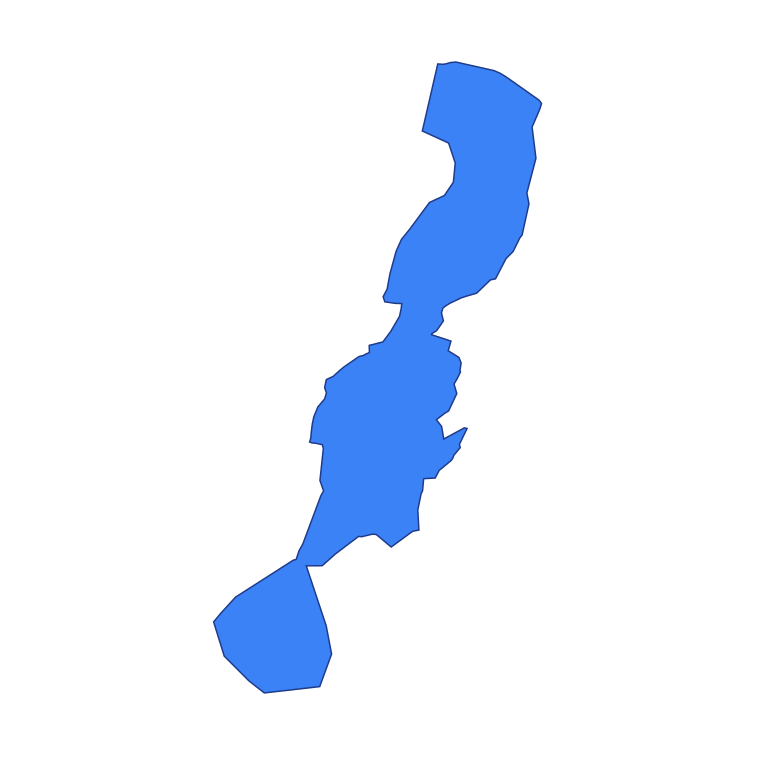 outline of Atisbo, Oyo, Nigeria, rotated 117°
{"feature_id": "59680162B75725109309044", "entity_name": "Atisbo", "entity_type": "district", "adm_level": 2, "iso_a3": "NGA", "parent_name": "Nigeria", "parent_adm1": "Oyo", "projection": "mercator", "projection_center": [3.283, 8.407], "detail": "fine", "context": "isolated", "style": "filled", "palette": "blue", "viewbox_px": 768, "rotation_deg": 117, "n_neighbors": 0, "source": "geoboundaries", "source_scale": "gbopen_adm2", "svg_char_len": 1814}
<svg xmlns="http://www.w3.org/2000/svg" viewBox="0 0 768 768"><g transform="rotate(117 384 384)"><path d="M141.2,464.7L140.0,435.8L154.7,420.9L172.7,413.8L188.7,415.8L201.6,425.9L234.0,431.3L247.2,434.1L260.0,433.5L282.8,428.8L298.0,424.3L306.6,424.4L310.4,420.6L307.2,411.0L304.3,404.7L308.8,403.0L316.6,400.9L334.2,401.9L347.0,404.1L356.3,414.7L362.6,411.3L365.9,414.0L367.2,414.9L367.6,414.9L370.8,418.7L386.5,427.2L392.2,429.7L400.4,432.8L406.2,437.4L414.1,435.3L418.0,431.3L424.3,430.1L434.3,432.5L444.9,431.7L452.3,429.7L460.0,426.9L463.6,425.4L465.9,424.6L469.5,423.9L469.2,421.4L467.8,418.0L466.1,411.4L468.9,408.8L499.0,397.3L499.1,397.1L499.3,397.0L506.7,389.3L512.6,389.5L563.4,383.7L571.2,384.0L580.2,382.6L582.2,384.9L641.2,419.5L662.6,425.4L673.3,427.8L699.0,402.8L709.9,369.4L713.6,350.4L682.8,303.9L648.4,308.1L625.6,325.8L581.3,370.7L574.0,356.6L557.4,350.1L531.4,337.5L530.2,334.5L523.4,326.6L521.6,322.8L521.7,322.2L526.0,303.6L502.2,291.6L498.3,286.6L480.9,296.7L465.4,301.0L461.5,301.2L451.3,305.3L450.2,305.5L444.6,295.7L435.9,295.6L421.6,289.4L418.8,289.0L415.7,289.4L406.1,287.2L405.9,287.3L403.6,289.4L399.1,289.5L385.9,289.8L386.6,292.5L402.1,303.2L405.9,305.8L401.3,309.2L395.7,313.4L392.0,321.1L383.1,316.9L378.6,314.2L359.5,314.8L352.2,321.6L346.1,321.2L338.5,321.3L337.6,322.4L330.3,324.8L326.3,329.3L325.2,341.9L315.4,343.8L318.5,364.0L317.5,364.3L312.6,361.3L300.8,359.7L294.7,365.0L289.6,366.0L286.1,364.3L282.4,362.1L272.3,354.4L268.5,350.6L261.0,342.7L242.9,336.4L239.7,332.4L216.8,332.2L207.4,329.1L192.2,329.3L188.5,328.6L157.7,336.6L149.0,343.4L113.9,351.1L87.8,368.7L69.1,369.9L62.7,370.9L61.9,372.1L60.7,374.7L55.0,414.2L54.4,421.3L54.8,428.1L64.5,466.2L67.4,470.7L71.0,474.6L72.5,476.9L74.4,481.4L141.2,464.7Z" fill="#3b82f6" stroke="#1e3a8a" stroke-width="1.5"/></g></svg>